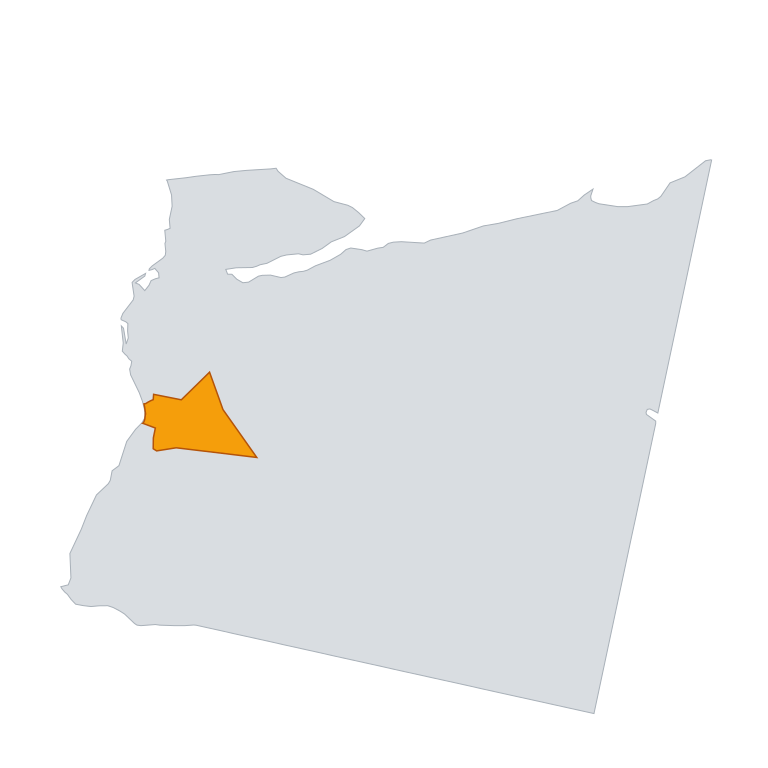 Al-Hammam, Matruh, Egypt shown in context, rotated 282°
{"feature_id": "37247803B30384422366927", "entity_name": "Al-Hammam", "entity_type": "district", "adm_level": 2, "iso_a3": "EGY", "parent_name": "Egypt", "parent_adm1": "Matruh", "projection": "natural_earth1", "projection_center": [29.325, 29.822], "detail": "fine", "context": "in_parent", "style": "filled", "palette": "amber", "viewbox_px": 768, "rotation_deg": 282, "n_neighbors": 0, "source": "geoboundaries", "source_scale": "gbopen_adm2", "svg_char_len": 3866}
<svg xmlns="http://www.w3.org/2000/svg" viewBox="0 0 768 768"><g transform="rotate(282 384 384)"><path d="M671.2,657.9L655.6,657.9L640.0,657.9L624.4,657.9L608.8,657.9L593.2,657.9L577.5,657.9L561.9,657.9L546.3,657.9L530.7,657.9L515.1,657.9L499.5,657.9L483.8,657.9L468.2,657.9L452.6,657.9L437.0,657.9L421.4,657.9L412.5,657.9L414.0,652.9L414.9,649.3L413.9,646.8L410.8,646.2L408.8,647.0L404.2,657.5L401.8,658.0L396.2,658.0L378.0,658.0L359.8,658.0L341.7,658.0L323.5,658.0L305.3,658.0L287.1,657.9L268.9,657.9L250.8,657.9L232.6,657.9L214.4,657.9L196.2,657.9L178.0,657.9L159.8,657.9L141.7,657.9L123.5,657.9L105.3,657.9L105.4,645.2L105.5,632.5L105.6,619.7L105.7,607.0L105.8,594.3L105.9,581.6L106.0,568.8L106.1,556.1L106.2,543.4L106.4,530.6L106.5,517.9L106.6,505.2L106.7,492.4L106.8,479.7L106.9,467.0L107.0,454.2L107.2,441.5L107.3,428.7L107.4,416.0L107.5,403.3L107.6,390.5L107.8,377.8L107.9,365.0L108.0,352.3L108.1,339.6L108.3,326.8L108.4,314.1L108.5,301.3L108.6,288.6L108.8,275.8L108.9,263.1L109.0,250.4L108.7,248.0L106.2,239.3L103.9,228.3L101.5,214.8L101.2,210.4L97.1,196.5L96.8,192.5L97.9,189.7L105.1,178.0L107.2,172.3L109.1,165.4L109.7,159.9L107.8,151.4L105.4,143.7L104.7,135.9L104.5,128.2L108.1,122.9L112.5,118.0L114.1,115.0L116.7,111.6L118.5,110.0L121.9,116.9L129.2,118.1L152.9,112.0L179.0,118.1L193.5,120.5L215.7,125.8L229.2,135.1L232.9,136.3L242.6,136.1L249.0,141.7L274.4,144.3L288.0,150.4L295.7,155.3L300.3,156.8L304.4,156.6L309.9,154.7L316.9,151.3L324.5,146.5L340.2,134.3L345.7,132.1L349.3,132.7L353.8,132.5L355.6,129.2L357.9,126.9L359.4,124.3L361.7,121.2L369.9,120.4L386.2,115.0L384.4,117.6L369.5,123.5L375.9,124.3L382.5,122.2L389.9,120.9L391.2,118.4L392.2,113.6L393.6,113.0L398.8,113.9L414.1,121.2L418.0,121.3L428.7,117.3L431.0,116.5L434.5,118.7L442.6,127.8L439.8,127.6L431.2,119.8L430.5,123.7L425.6,130.6L431.7,133.6L436.7,134.7L439.4,138.5L441.1,141.9L445.9,140.4L449.4,135.8L447.6,133.2L446.3,130.5L447.9,130.5L451.3,132.7L461.1,141.5L464.4,143.3L468.2,143.0L476.0,140.5L478.2,140.9L488.8,137.6L490.1,140.0L491.8,142.4L500.3,139.8L513.8,139.8L524.7,136.9L537.3,129.9L538.3,128.9L539.0,130.6L540.6,135.4L544.6,147.5L548.1,157.0L552.4,170.1L553.8,175.1L554.4,178.6L560.6,193.1L564.3,204.9L567.0,214.6L570.9,228.7L572.6,233.6L570.0,236.2L564.9,245.3L559.7,274.4L552.0,297.1L551.3,311.4L550.0,316.5L546.3,323.7L541.8,330.8L533.5,327.1L520.0,314.7L512.1,302.9L503.7,295.3L495.7,285.2L493.5,277.9L493.6,273.3L490.0,261.9L487.4,256.5L477.7,244.4L474.9,238.0L472.8,235.1L470.6,231.1L467.0,215.4L463.2,205.4L458.9,208.2L459.7,212.4L455.9,218.2L453.7,224.9L455.5,230.4L463.4,238.8L465.0,242.4L466.9,250.3L466.7,261.1L468.0,264.8L473.9,272.8L476.1,277.5L477.4,281.6L479.4,285.3L485.3,292.3L493.8,305.6L501.8,314.6L507.6,318.9L510.1,323.2L510.8,334.4L510.4,339.7L515.6,349.7L517.5,354.8L522.4,359.0L524.7,363.7L526.8,371.4L530.2,394.1L534.5,399.7L548.0,429.5L559.3,448.4L564.9,462.5L573.3,479.7L589.8,517.4L599.6,529.0L603.5,535.5L610.5,540.6L618.1,547.9L610.9,547.1L609.1,547.6L606.6,548.8L605.5,553.2L605.0,556.8L606.1,575.9L608.2,585.6L614.8,604.1L619.5,609.6L621.9,613.2L625.1,615.8L640.2,622.0L649.2,635.3L669.2,652.1L671.2,656.8L671.2,657.9Z" fill="#d9dde1" stroke="#a8b0b8" stroke-width="1"/><path d="M326.0,160.8L320.7,161.5L318.9,158.9L318.4,158.4L316.8,156.5L316.4,156.1L316.1,155.9L316.0,155.7L315.5,155.3L315.4,155.1L315.2,154.8L315.1,154.4L315.0,154.2L314.9,153.9L314.6,153.3L312.7,154.2L312.3,154.4L305.2,157.0L305.1,156.7L304.6,156.8L303.7,157.0L302.9,157.1L301.3,157.2L300.4,157.3L299.4,157.3L298.4,157.2L297.1,157.0L296.7,156.9L296.2,156.7L295.7,156.4L295.4,156.1L293.4,169.5L283.3,169.6L272.7,171.7L271.3,175.5L278.4,194.0L285.7,274.8L287.2,273.2L325.5,231.8L336.9,224.8L345.9,219.2L359.3,210.9L337.6,196.5L333.7,193.9L331.3,192.3L326.5,189.1L326.4,189.0L326.4,188.9L326.0,160.8L326.0,160.8Z" fill="#f59e0b" stroke="#b45309" stroke-width="1.5"/></g></svg>